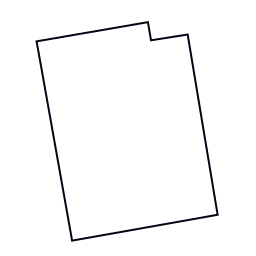 Grant, Nebraska, United States of America (Mercator projection), rotated 80°
{"feature_id": "52423323B82511149902728", "entity_name": "Grant", "entity_type": "district", "adm_level": 2, "iso_a3": "USA", "parent_name": "United States of America", "parent_adm1": "Nebraska", "projection": "mercator", "projection_center": [-101.802, 41.919], "detail": "fine", "context": "isolated", "style": "outline", "palette": "ink", "viewbox_px": 256, "rotation_deg": 80, "n_neighbors": 0, "source": "geoboundaries", "source_scale": "gbopen_adm2", "svg_char_len": 252}
<svg xmlns="http://www.w3.org/2000/svg" viewBox="0 0 256 256"><g transform="rotate(80 128 128)"><path d="M229.2,202.6L229.0,54.8L46.3,53.0L45.6,90.1L27.2,90.0L26.8,203.0L52.8,202.9L229.2,202.6Z" fill="none" stroke="#020617" stroke-width="2"/></g></svg>